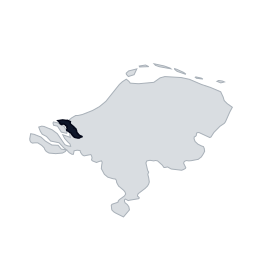 location of Goeree-Overflakkee, Zuid-Holland, Netherlands, rotated 25°
{"feature_id": "6326949B86973189891179", "entity_name": "Goeree-Overflakkee", "entity_type": "district", "adm_level": 2, "iso_a3": "NLD", "parent_name": "Netherlands", "parent_adm1": "Zuid-Holland", "projection": "natural_earth1", "projection_center": [4.215, 51.751], "detail": "fine", "context": "in_parent", "style": "filled", "palette": "ink", "viewbox_px": 256, "rotation_deg": 25, "n_neighbors": 0, "source": "geoboundaries", "source_scale": "gbopen_adm2", "svg_char_len": 5003}
<svg xmlns="http://www.w3.org/2000/svg" viewBox="0 0 256 256"><g transform="rotate(25 128 128)"><path d="M161.5,210.5L157.0,210.4L152.7,210.3L150.4,210.0L148.0,209.1L146.8,207.3L145.5,205.1L145.8,203.8L149.8,200.0L150.4,199.0L150.0,198.4L150.4,196.7L153.5,191.1L153.8,188.8L152.4,187.3L150.4,186.3L144.0,184.6L140.9,182.3L139.4,180.2L138.0,179.6L135.9,180.3L130.5,181.1L126.2,180.0L121.0,176.1L119.8,172.6L119.1,170.0L117.9,169.0L116.1,170.4L114.0,172.6L109.6,172.8L108.4,172.3L108.2,171.1L107.9,170.0L106.7,168.6L105.5,167.8L100.0,171.8L98.0,171.7L95.4,170.2L94.1,168.7L91.3,169.6L88.8,171.4L89.6,174.9L88.3,175.5L85.2,175.2L81.6,173.8L77.7,172.9L71.8,170.5L63.4,172.5L57.7,170.1L52.9,169.9L49.9,168.0L46.7,164.9L49.0,162.8L51.2,162.1L60.0,161.7L66.3,163.0L77.8,169.8L80.7,169.7L83.8,168.9L82.2,167.0L79.4,166.1L75.1,164.3L71.7,161.7L79.7,160.9L78.6,159.6L77.5,157.3L69.1,149.4L70.5,147.2L72.7,142.6L75.3,138.8L77.4,137.8L80.9,135.1L88.4,127.2L93.1,120.7L96.7,113.1L101.8,92.1L103.3,88.5L105.8,84.5L109.0,85.3L111.1,86.4L118.9,83.4L132.1,75.7L135.9,69.0L139.7,65.8L154.9,59.8L163.2,57.9L176.2,57.5L185.5,56.4L196.7,56.0L201.1,59.7L203.6,62.5L207.6,64.0L213.8,65.1L213.5,70.5L213.7,81.2L213.3,83.1L210.6,87.6L207.7,95.8L207.0,101.1L206.1,102.1L194.3,102.1L192.6,103.0L192.4,104.2L193.0,105.6L192.8,106.9L191.8,108.1L192.4,109.8L194.5,111.9L198.2,113.1L202.2,113.2L204.3,113.0L205.8,114.4L207.3,116.7L207.2,119.5L206.7,123.2L204.9,126.7L199.4,130.7L197.0,132.1L194.7,132.8L193.6,133.9L193.1,135.2L193.3,136.4L197.2,139.6L197.1,140.4L196.0,142.0L194.5,143.6L184.5,146.9L180.3,146.6L178.0,148.3L177.3,148.6L174.6,147.1L168.7,145.3L166.5,145.9L165.3,146.9L161.6,148.0L159.0,149.8L159.0,152.1L163.7,158.1L165.4,159.3L165.5,161.6L167.8,164.4L170.1,167.9L170.4,170.1L170.2,172.4L169.0,175.6L165.0,183.2L165.0,184.6L165.3,185.7L166.7,186.0L167.8,186.6L167.5,187.6L159.9,192.8L158.9,193.7L155.7,193.5L155.2,194.4L155.7,195.8L156.9,197.0L159.7,197.7L162.0,199.0L163.9,201.6L161.5,210.5ZM81.6,173.8L81.0,176.0L79.2,178.4L73.3,181.8L67.0,184.1L63.8,183.8L61.6,182.6L60.4,181.4L57.1,180.2L52.5,179.6L49.7,180.9L47.7,182.1L45.9,181.9L44.5,180.9L43.5,179.3L42.2,174.3L45.6,173.4L53.0,173.0L58.7,174.8L66.2,175.6L72.0,173.2L76.5,175.3L81.6,173.8ZM69.2,153.5L73.6,156.6L74.5,157.6L74.8,158.7L69.3,159.9L63.3,156.1L59.4,157.0L57.9,155.2L57.9,154.0L62.0,153.1L69.2,153.5ZM111.0,77.1L106.6,81.2L103.9,80.1L103.2,79.1L104.5,76.0L111.0,70.7L111.0,77.1ZM130.5,59.2L126.4,59.6L124.5,58.8L134.5,56.5L140.8,55.9L141.9,56.2L130.5,59.2ZM157.3,55.0L148.6,55.9L145.6,55.2L145.1,54.5L147.5,54.2L154.9,54.1L157.3,54.6L157.3,55.0ZM120.9,63.6L112.7,67.8L112.0,67.1L117.3,63.5L120.9,63.6ZM193.0,47.9L188.9,48.1L190.1,46.6L193.9,45.5L195.9,45.5L193.0,47.9ZM175.2,52.0L169.0,54.0L167.5,53.6L167.9,53.0L173.3,51.8L175.2,52.0Z" fill="#d9dde1" stroke="#a8b0b8" stroke-width="1"/><path d="M73.3,147.6L73.1,146.6L71.3,146.6L69.5,146.7L69.4,146.8L69.4,147.1L68.5,147.4L67.6,147.6L67.0,147.8L66.7,147.9L66.5,148.0L66.4,148.0L65.6,148.2L65.4,148.3L65.2,148.4L63.9,149.3L63.7,149.4L62.6,150.2L61.3,151.0L63.7,151.9L63.7,152.0L64.4,152.5L64.6,152.7L64.8,152.7L65.6,152.9L65.9,153.0L66.4,152.9L66.5,152.8L66.8,152.4L67.2,152.0L67.7,151.8L67.9,151.7L68.1,151.6L68.8,151.5L69.6,151.6L70.1,151.9L70.3,152.1L71.3,152.2L72.1,152.3L72.2,152.8L72.3,153.3L72.7,153.5L73.0,154.0L73.1,154.3L73.1,154.6L73.1,155.1L73.3,155.6L73.6,156.1L73.9,156.1L74.2,156.1L74.5,156.1L74.8,156.2L75.4,156.2L75.9,156.3L76.3,156.4L76.4,156.5L77.0,156.6L77.7,156.6L78.3,156.6L78.5,156.7L78.8,156.9L80.2,157.8L80.6,158.0L82.4,158.8L82.5,158.8L82.8,158.9L83.0,158.9L83.3,158.9L83.5,158.9L83.6,159.0L83.8,159.0L84.0,158.9L84.3,158.9L84.5,158.8L84.8,158.8L85.0,158.7L85.3,158.6L85.5,158.6L85.8,158.5L86.0,158.5L86.2,158.4L86.3,158.4L86.5,158.4L86.8,158.3L86.9,158.2L87.0,158.2L87.3,158.1L87.5,158.0L87.6,157.9L87.8,157.8L87.9,157.7L88.0,157.7L88.3,157.4L88.4,157.2L88.5,157.1L88.5,156.9L88.5,156.7L89.2,156.1L89.4,156.0L89.5,155.9L90.0,155.5L90.3,155.3L90.5,155.2L90.4,155.2L89.7,155.1L89.4,155.1L88.9,155.1L88.6,155.1L88.2,155.2L87.9,155.2L87.6,155.2L87.4,155.1L87.0,155.1L86.8,155.0L86.7,155.0L86.4,155.0L86.3,154.9L86.2,154.9L85.9,154.8L85.7,154.8L85.6,154.7L85.4,154.6L85.2,154.5L85.1,154.4L84.9,154.3L84.9,154.2L84.7,154.2L84.4,154.1L84.2,154.0L84.2,153.9L83.9,153.8L83.8,153.7L83.7,153.7L83.4,153.5L83.4,153.4L83.2,153.2L83.0,152.9L82.9,152.7L82.7,152.5L82.7,152.4L82.5,152.2L82.4,152.2L82.2,151.9L82.0,151.7L81.9,151.7L81.7,151.5L81.7,151.4L81.5,151.2L81.4,151.1L81.1,150.8L80.9,150.7L80.7,150.7L80.4,150.6L80.2,150.5L79.9,150.4L79.7,150.4L79.4,150.4L79.3,150.5L79.3,150.4L79.2,150.4L79.0,150.2L78.9,150.2L78.7,150.1L78.5,149.9L78.4,149.9L78.2,149.7L77.9,149.6L77.7,149.6L77.4,149.6L77.2,149.6L76.9,149.6L76.7,149.5L76.5,149.4L76.4,149.3L76.1,149.2L75.9,149.2L75.6,149.1L75.4,149.1L75.2,149.0L74.9,148.9L74.7,148.9L74.4,148.8L74.3,148.7L74.2,148.7L73.9,148.4L73.7,148.2L73.5,147.9L73.4,147.8L73.3,147.7L73.3,147.6Z" fill="#0f172a" stroke="#020617" stroke-width="1.5"/></g></svg>